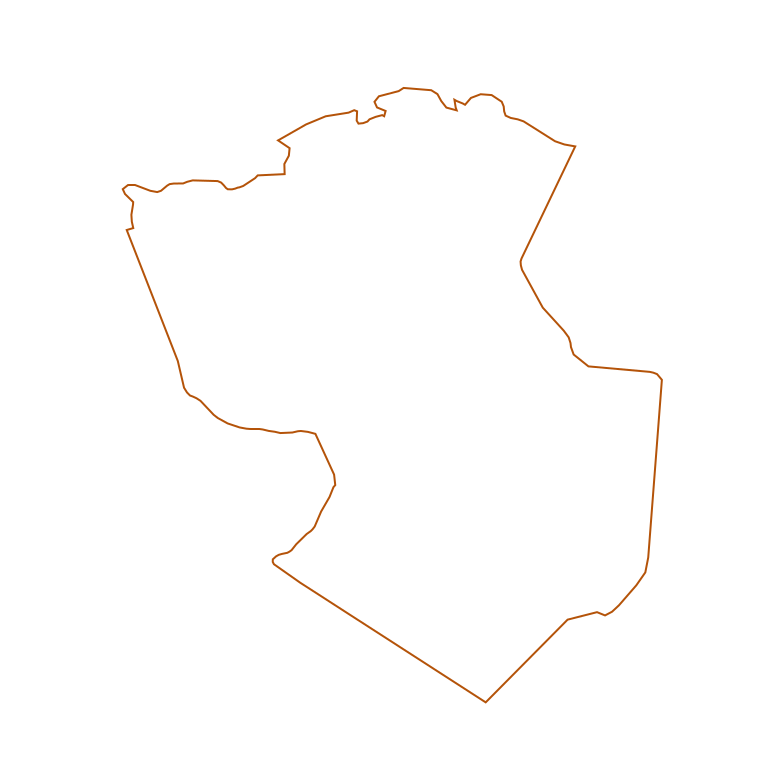 map outline of Agnéby (Natural Earth projection), rotated 278°
{"feature_id": "CIV-3451", "entity_name": "Agnéby", "entity_type": "Department", "adm_level": 1, "iso_a3": "CIV", "parent_name": "Ivory Coast", "parent_adm1": "", "projection": "natural_earth1", "projection_center": [-3.837, 6.123], "detail": "fine", "context": "isolated", "style": "outline", "palette": "amber", "viewbox_px": 768, "rotation_deg": 278, "n_neighbors": 0, "source": "natural_earth", "source_scale": "10m", "svg_char_len": 1916}
<svg xmlns="http://www.w3.org/2000/svg" viewBox="0 0 768 768"><g transform="rotate(278 384 384)"><path d="M325.1,323.0L326.0,315.3L325.9,308.2L325.2,305.2L323.2,300.0L321.0,288.2L321.5,282.5L321.5,276.4L322.1,270.2L322.1,266.9L320.8,257.4L320.6,253.9L320.9,247.0L323.2,234.6L327.2,224.1L329.8,219.6L341.8,204.6L343.8,200.3L345.0,196.3L345.6,193.5L348.2,190.1L352.5,186.5L378.1,176.6L500.7,107.8L503.5,114.0L509.6,111.7L516.4,110.3L526.9,110.5L529.3,110.3L536.1,101.1L540.6,98.2L545.4,102.8L546.4,109.8L542.8,125.7L542.5,132.7L544.3,136.3L550.2,141.6L552.1,143.9L553.3,148.1L554.6,157.1L556.8,160.9L559.0,166.2L561.8,191.0L560.8,194.7L558.4,197.8L556.1,200.3L555.1,202.2L555.6,206.4L556.8,209.5L558.1,211.8L558.6,213.4L560.5,217.0L569.9,227.7L573.0,229.9L578.0,256.4L588.0,254.7L596.8,258.0L604.4,257.7L610.5,245.2L630.2,270.7L641.0,289.0L647.8,311.2L651.0,316.4L650.3,319.4L641.0,320.3L638.3,322.5L639.4,327.0L641.6,331.1L644.1,332.8L647.4,338.6L650.0,344.8L649.2,346.9L654.6,347.6L656.9,338.6L662.1,335.3L668.2,338.9L676.1,357.8L679.9,362.2L681.5,389.9L678.5,396.6L672.2,401.3L666.4,407.3L665.1,417.9L667.8,416.5L675.3,414.2L674.3,416.7L672.8,422.8L671.8,425.4L679.4,430.3L684.4,439.4L685.1,450.4L679.9,461.3L675.5,463.9L670.6,465.1L666.7,467.1L665.1,472.5L664.7,479.6L663.5,485.7L648.2,519.6L646.3,529.3L645.9,540.3L527.4,502.7L524.3,502.2L520.6,503.0L516.3,504.8L481.7,530.6L461.8,554.6L455.9,560.4L450.5,563.0L446.6,564.0L439.6,567.7L429.9,584.0L433.0,645.5L432.7,649.1L431.8,653.0L426.8,658.6L249.0,669.8L233.8,669.0L219.8,661.9L197.6,647.5L190.2,641.5L185.6,635.1L187.7,626.7L176.2,598.6L82.9,529.0L175.6,328.6L190.2,300.1L192.3,298.6L194.9,298.3L198.3,301.1L200.2,303.6L201.5,306.5L203.4,311.8L204.9,313.8L206.6,315.6L213.1,319.4L224.7,328.3L228.2,332.0L230.2,333.5L233.2,335.2L249.0,339.5L264.6,345.8L274.8,348.3L277.1,349.8L287.3,347.2L325.1,323.0Z" fill="none" stroke="#b45309" stroke-width="2"/></g></svg>